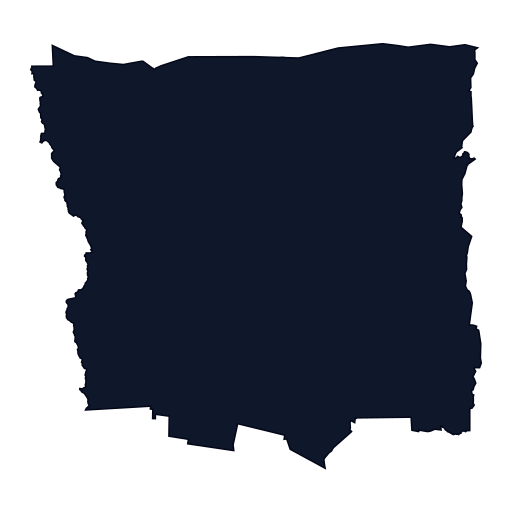 outline of Belgrano, San Luis, Argentina
{"feature_id": "61730980B87239881423217", "entity_name": "Belgrano", "entity_type": "district", "adm_level": 2, "iso_a3": "ARG", "parent_name": "Argentina", "parent_adm1": "San Luis", "projection": "natural_earth1", "projection_center": [-66.853, -32.771], "detail": "fine", "context": "isolated", "style": "filled", "palette": "ink", "viewbox_px": 512, "rotation_deg": 0, "n_neighbors": 0, "source": "geoboundaries", "source_scale": "gbopen_adm2", "svg_char_len": 5760}
<svg xmlns="http://www.w3.org/2000/svg" viewBox="0 0 512 512"><path d="M85.5,410.0L150.6,406.2L150.3,409.0L152.8,409.4L152.6,418.6L155.4,418.7L155.4,414.3L169.2,416.2L168.9,436.2L188.4,439.3L187.7,443.8L233.8,450.6L233.1,444.9L237.7,423.7L284.7,435.2L284.1,439.3L286.7,438.9L290.2,449.3L325.2,468.3L324.7,465.8L323.9,460.0L324.2,458.9L324.8,457.8L329.1,452.7L331.5,451.0L333.3,447.8L351.6,431.6L349.6,429.3L350.3,428.3L350.4,427.6L350.0,423.0L350.7,420.5L354.7,422.7L355.2,418.3L356.3,418.3L356.4,417.9L411.1,417.2L411.9,430.3L418.6,431.6L418.8,431.5L418.6,430.2L418.9,430.1L427.5,431.6L430.2,431.2L435.0,429.2L441.1,430.0L440.7,426.3L442.0,426.4L442.5,427.2L444.3,427.9L444.9,428.8L445.3,429.9L446.6,430.5L447.4,431.6L449.9,432.5L450.4,433.0L453.3,434.6L454.5,434.3L455.2,433.7L456.1,434.3L457.8,434.2L458.6,434.6L459.6,433.7L461.0,433.2L461.1,432.2L461.8,431.8L462.4,430.8L463.2,430.7L463.8,431.2L465.6,431.0L465.6,431.6L466.0,431.5L466.6,430.7L469.8,430.6L469.8,408.7L472.1,408.1L474.2,405.1L473.1,403.0L473.4,401.1L473.3,397.0L473.7,394.9L472.8,394.7L471.8,393.4L471.6,390.5L473.2,389.7L473.8,386.9L475.8,383.1L474.0,378.2L472.7,377.4L475.7,371.2L474.0,368.7L475.0,367.7L479.6,367.7L481.3,363.1L480.4,357.8L480.8,343.8L478.7,330.3L475.9,328.7L476.7,326.3L473.2,325.1L469.3,324.9L472.3,302.9L470.5,294.1L469.7,292.1L468.6,290.7L467.3,290.1L465.4,286.0L466.2,280.9L464.9,273.3L466.6,269.4L466.4,264.1L466.9,257.0L466.1,256.8L467.4,252.5L468.2,246.7L471.7,236.4L461.0,227.2L462.3,221.1L462.1,217.5L461.3,217.4L461.1,214.6L459.2,213.5L460.1,209.9L461.9,207.4L460.9,203.9L461.9,200.4L461.8,198.1L462.4,193.5L461.7,184.5L461.9,179.5L464.9,173.6L467.2,165.0L467.8,164.9L467.9,164.3L475.2,159.1L474.2,158.1L472.0,158.9L469.9,158.5L469.4,158.0L468.8,156.3L469.0,154.2L468.0,153.6L467.7,152.6L465.0,151.7L464.5,151.8L464.0,152.9L462.9,153.9L462.8,154.4L463.2,155.3L463.0,156.1L462.3,156.0L460.1,157.6L457.5,156.3L456.9,157.3L456.0,157.9L455.0,158.6L454.1,158.5L455.0,154.9L456.0,152.6L456.6,151.8L462.0,147.7L461.7,147.5L461.7,146.2L462.5,140.7L471.0,132.0L471.3,130.0L472.2,127.6L473.1,126.2L472.7,125.5L472.4,121.2L471.3,97.8L471.0,96.2L471.0,91.7L468.7,90.9L470.9,87.6L470.6,77.9L473.4,73.9L474.7,68.2L477.3,63.2L474.9,59.7L474.9,52.9L474.6,50.5L475.1,49.6L477.6,47.8L465.0,44.7L449.6,46.8L430.7,44.3L408.1,47.2L398.2,45.6L382.7,43.7L338.1,48.0L298.8,58.0L285.9,57.6L282.5,57.2L279.1,57.4L253.8,56.6L188.3,56.8L161.3,65.7L155.5,68.3L154.4,69.6L154.0,69.7L153.3,68.5L152.1,67.9L143.1,61.3L141.5,61.2L123.4,64.5L109.9,63.2L95.1,61.2L87.5,57.6L74.3,55.8L52.3,45.4L53.3,66.1L31.8,66.2L31.9,67.1L30.7,69.7L31.4,70.1L32.3,71.9L31.9,73.7L33.1,73.6L33.5,73.9L34.0,75.2L33.8,77.3L34.4,78.1L34.1,78.8L34.2,80.0L34.5,80.4L35.9,81.1L36.2,81.7L34.9,85.3L35.0,86.2L34.8,86.5L34.9,87.0L36.6,88.4L37.6,90.3L38.1,90.3L38.6,89.8L39.4,90.3L40.8,90.5L41.5,92.5L41.4,93.1L42.5,94.0L42.6,95.1L43.0,95.5L43.1,96.0L42.6,96.6L40.4,97.2L39.9,97.6L39.9,99.9L40.4,102.6L40.2,103.8L40.6,105.0L39.9,107.1L39.5,107.8L38.8,108.2L38.3,109.4L39.5,112.2L40.6,113.3L40.8,117.8L41.4,118.0L41.9,118.9L41.9,120.9L41.5,121.6L42.4,123.1L44.3,124.2L45.4,129.6L45.0,130.8L45.0,132.3L44.5,133.3L41.5,133.4L41.2,133.9L41.1,135.8L40.7,135.9L40.7,136.8L41.2,137.9L40.6,138.7L40.9,139.6L40.2,141.4L40.4,141.3L40.6,142.1L41.3,142.8L41.9,142.9L42.9,141.4L43.6,141.2L44.8,140.3L46.8,140.6L49.3,142.7L49.7,143.9L51.6,146.2L51.8,147.4L52.6,148.6L54.0,149.9L53.9,151.6L53.0,151.9L51.6,153.5L51.7,158.3L53.4,161.1L54.5,162.2L59.8,166.7L60.3,167.7L59.5,169.9L60.4,171.1L61.3,174.7L60.6,175.7L60.9,177.4L60.5,178.2L59.9,178.0L58.7,178.5L57.9,179.5L58.0,180.6L57.1,181.5L57.0,182.0L56.2,182.5L56.3,185.0L57.1,185.9L57.4,186.8L58.3,187.6L59.3,187.6L60.8,188.6L62.5,188.8L64.0,189.5L64.2,190.1L64.2,192.0L64.9,194.3L64.7,195.9L64.0,196.9L64.3,198.1L64.9,198.4L64.9,200.4L65.6,200.9L65.6,201.3L67.3,202.4L67.0,203.1L67.0,203.9L67.4,204.4L67.5,205.1L67.2,206.1L67.9,206.6L67.8,207.3L68.2,208.1L68.1,209.6L68.5,210.2L68.4,211.2L69.1,212.9L73.6,216.2L75.3,214.7L76.1,215.5L76.9,215.3L77.9,216.7L80.4,217.5L81.8,219.6L83.2,219.9L83.7,220.4L83.3,221.0L82.8,221.1L82.0,222.6L81.9,223.4L83.5,225.5L83.5,225.9L84.5,226.7L84.9,227.8L86.4,229.3L86.8,230.1L85.9,232.1L86.6,233.1L86.5,233.5L86.0,234.0L85.7,235.1L87.8,239.7L88.1,241.2L90.7,245.6L91.2,247.2L91.7,248.0L91.6,248.7L90.7,249.7L91.0,250.1L92.0,250.0L91.9,252.2L89.6,253.0L86.2,252.9L85.9,254.1L84.8,255.0L84.5,255.7L84.5,256.2L85.6,257.1L85.8,257.7L85.8,260.7L87.0,262.0L87.4,263.1L88.1,263.9L88.2,264.9L87.6,265.2L87.4,266.1L87.8,267.1L87.1,268.9L87.2,269.7L88.1,271.2L87.5,272.4L87.4,273.1L87.6,275.3L88.4,276.2L88.1,276.7L88.3,277.4L87.7,278.5L87.8,280.0L86.2,282.3L85.3,283.0L85.2,284.5L84.2,285.8L83.0,288.3L81.3,289.8L78.5,289.9L77.8,291.7L77.3,292.2L75.8,292.7L75.1,293.8L75.3,294.9L75.9,296.0L75.1,297.9L68.1,299.3L66.6,300.4L66.2,301.8L66.5,302.7L67.9,304.2L68.2,305.6L68.0,307.6L67.1,308.5L67.0,310.1L66.4,310.9L66.1,311.9L66.0,312.9L66.7,314.0L66.3,315.9L66.5,317.8L68.2,320.0L69.3,320.2L70.6,321.7L73.2,323.1L74.0,324.6L73.6,325.8L74.0,326.5L74.2,329.6L73.3,332.1L73.8,333.3L74.3,333.9L74.6,335.4L75.2,336.1L75.2,338.0L74.8,341.2L75.2,342.0L76.3,342.6L76.8,343.4L78.3,346.4L78.3,348.5L77.4,349.6L77.9,350.9L78.0,353.4L78.4,354.6L80.1,357.9L81.9,358.8L82.3,359.5L81.5,362.5L82.6,363.7L82.2,364.9L82.3,365.6L83.0,366.2L83.9,367.9L85.0,368.7L86.6,369.1L87.1,369.6L85.8,371.8L85.6,373.3L85.2,374.2L85.2,375.5L86.1,376.5L85.5,377.5L85.4,378.7L85.9,379.4L85.9,382.5L85.3,384.7L85.6,386.7L85.2,387.3L83.7,387.8L82.6,388.8L79.8,388.5L79.7,389.6L80.7,390.0L81.5,391.7L82.8,392.6L84.1,393.1L87.4,397.9L87.6,398.8L88.1,399.2L87.8,402.0L88.2,402.5L88.1,403.3L88.5,404.3L89.2,405.2L89.1,405.7L86.3,408.4L85.5,410.0Z" fill="#0f172a" stroke="#020617" stroke-width="1.5"/></svg>